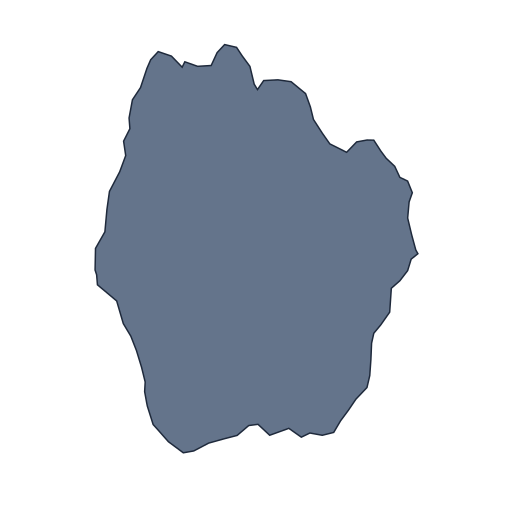 Asgata, Limassol, Cyprus (Natural Earth projection), rotated 188°
{"feature_id": "46923920B23030573585973", "entity_name": "Asgata", "entity_type": "district", "adm_level": 2, "iso_a3": "CYP", "parent_name": "Cyprus", "parent_adm1": "Limassol", "projection": "natural_earth1", "projection_center": [33.25, 34.775], "detail": "fine", "context": "isolated", "style": "filled", "palette": "slate", "viewbox_px": 512, "rotation_deg": 188, "n_neighbors": 0, "source": "geoboundaries", "source_scale": "gbopen_adm2", "svg_char_len": 1290}
<svg xmlns="http://www.w3.org/2000/svg" viewBox="0 0 512 512"><g transform="rotate(188 256 256)"><path d="M96.0,280.8L98.6,284.2L104.9,298.9L111.1,314.7L111.9,330.9L110.0,340.4L116.3,351.3L124.5,353.9L131.1,364.1L140.7,370.9L147.0,377.3L152.2,383.3L155.5,387.1L162.2,386.3L172.2,383.0L180.7,371.3L198.5,377.3L207.3,386.7L218.1,399.2L222.9,411.2L229.5,423.7L245.5,433.5L258.8,433.5L272.8,430.8L277.7,421.0L281.7,425.9L288.4,442.9L297.6,452.3L304.3,459.9L316.5,461.0L322.8,452.0L326.9,438.4L340.2,435.7L353.5,438.4L355.4,432.7L367.6,442.2L381.3,444.8L382.8,442.6L387.6,435.7L390.1,426.7L393.8,406.7L400.1,393.5L400.9,375.0L398.6,364.5L403.1,351.3L399.0,337.3L402.7,320.4L410.1,299.6L410.1,281.5L409.0,258.9L416.0,241.2L413.4,219.7L411.2,215.2L409.0,205.4L387.7,192.1L378.0,170.6L368.8,159.2L361.2,145.7L353.8,129.8L348.2,115.8L347.4,106.2L343.9,95.6L342.7,92.2L334.4,74.8L329.6,70.8L316.9,59.9L300.6,51.0L290.5,54.3L276.9,64.1L262.5,70.4L249.7,75.7L239.6,87.1L230.6,89.6L217.5,80.4L199.5,89.9L185.9,82.9L178.0,88.2L165.4,87.7L154.5,92.1L149.3,104.6L143.1,116.0L137.1,128.2L127.8,141.2L126.7,153.4L127.8,169.3L129.4,185.7L128.6,195.9L122.9,205.1L115.8,219.0L116.6,230.4L117.5,242.9L110.1,251.5L103.8,262.6L101.9,274.5L96.0,280.8Z" fill="#64748b" stroke="#1e293b" stroke-width="1.5"/></g></svg>